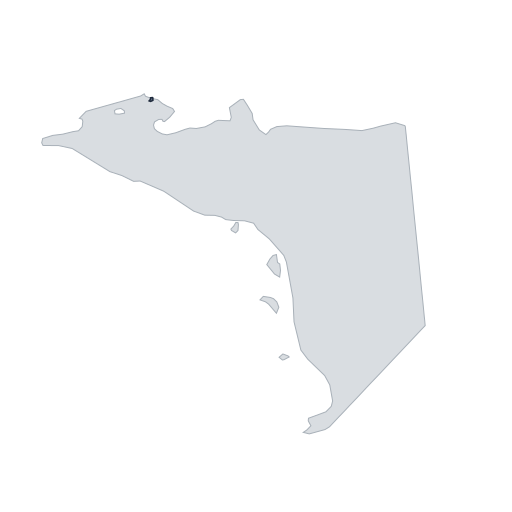 location of Neutral Zone within United Arab Emirates, rotated 255°
{"feature_id": "ARE-344", "entity_name": "Neutral Zone", "entity_type": "Emirate", "adm_level": 1, "iso_a3": "ARE", "parent_name": "United Arab Emirates", "parent_adm1": "", "projection": "equal_earth", "projection_center": [56.299, 24.93], "detail": "fine", "context": "in_parent", "style": "filled", "palette": "slate", "viewbox_px": 512, "rotation_deg": 255, "n_neighbors": 0, "source": "natural_earth", "source_scale": "10m", "svg_char_len": 2541}
<svg xmlns="http://www.w3.org/2000/svg" viewBox="0 0 512 512"><g transform="rotate(255 256 256)"><path d="M434.7,121.0L439.7,129.4L440.4,186.0L441.6,190.0L438.9,190.6L435.9,194.9L432.4,201.6L427.5,205.0L423.7,208.9L420.0,213.7L416.7,214.7L412.4,208.6L409.5,202.4L410.2,201.0L412.3,200.6L413.1,197.4L411.8,192.7L409.0,190.9L405.3,190.8L401.9,192.9L398.2,197.0L396.1,201.4L395.8,210.4L396.7,220.4L396.7,225.3L394.6,231.4L393.9,240.3L395.3,247.2L396.7,251.4L396.8,254.8L393.3,265.9L396.3,268.0L406.2,268.7L409.1,276.2L411.1,281.3L410.6,284.4L403.6,286.7L394.7,289.2L388.3,288.4L376.9,291.8L370.7,297.0L372.5,300.3L374.6,302.8L375.6,309.6L373.8,319.4L370.5,328.9L366.4,340.7L361.7,354.3L355.2,374.8L349.7,390.8L349.1,402.4L349.2,410.0L348.6,425.2L343.4,433.5L342.2,433.7L336.1,432.7L334.0,432.4L328.1,431.4L319.0,429.9L307.2,428.0L293.3,425.7L277.7,423.2L261.0,420.4L243.8,417.6L226.6,414.8L209.9,412.1L194.3,409.5L180.4,407.2L168.6,405.3L159.5,403.8L153.6,402.8L151.5,402.5L145.0,401.4L141.6,395.8L137.4,389.0L133.2,382.2L129.0,375.4L124.8,368.6L120.7,361.9L116.5,355.1L112.3,348.3L108.1,341.5L104.0,334.7L99.8,327.9L95.6,321.2L91.4,314.4L87.3,307.6L83.1,300.9L79.0,294.1L74.8,287.3L72.0,282.8L70.5,277.7L70.4,264.3L70.4,261.4L73.4,256.0L74.7,259.9L77.8,265.1L83.2,263.8L85.7,264.7L87.4,283.2L91.3,289.8L96.1,292.5L112.4,293.9L122.7,291.4L142.9,279.3L153.5,275.0L182.6,275.7L205.9,280.8L242.3,283.8L249.4,283.0L269.0,273.3L281.1,264.7L288.3,262.2L293.0,254.0L296.2,243.2L299.0,236.2L302.5,232.8L305.9,226.8L308.7,217.1L315.5,207.4L342.5,183.6L358.4,163.5L359.8,157.1L368.4,147.3L375.3,136.7L407.4,106.3L413.8,93.8L417.6,79.8L418.0,78.8L420.8,78.3L424.7,80.4L425.1,90.9L423.7,100.8L423.5,111.3L422.9,117.0L425.9,121.6L431.0,123.6L433.2,123.4L434.7,121.0ZM433.5,163.7L433.9,159.2L433.1,156.9L429.8,156.6L428.4,160.5L428.0,165.9L430.3,166.4L433.5,163.7ZM252.1,272.6L252.1,276.1L244.2,275.1L242.1,276.9L235.7,275.9L229.5,273.4L233.8,269.2L244.9,264.2L249.5,268.7L252.1,272.6ZM206.3,264.2L200.6,264.8L195.4,260.9L206.3,255.7L209.3,253.3L212.6,248.5L215.1,252.6L212.2,259.2L210.2,261.9L206.3,264.2ZM293.6,245.2L292.9,247.3L290.8,247.1L285.3,245.2L283.6,242.3L287.0,238.9L288.5,238.7L290.7,242.3L293.6,245.2ZM151.2,261.1L149.9,261.9L148.6,256.3L148.7,254.6L152.2,252.1L154.4,256.6L151.2,261.1Z" fill="#d9dde1" stroke="#a8b0b8" stroke-width="1"/><path d="M436.1,195.1L435.9,196.9L435.4,197.3L433.0,196.7L432.7,195.1L432.6,194.1L433.5,192.9L434.6,194.5L435.6,195.0L436.1,195.1L436.1,195.1Z" fill="#64748b" stroke="#1e293b" stroke-width="1.5"/></g></svg>